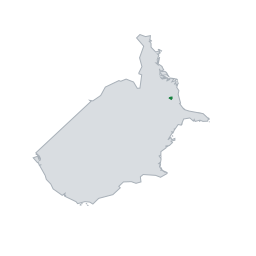 location of Lancaster, South Carolina, United States of America, rotated 300°
{"feature_id": "52423323B10055621117527", "entity_name": "Lancaster", "entity_type": "district", "adm_level": 2, "iso_a3": "USA", "parent_name": "United States of America", "parent_adm1": "South Carolina", "projection": "orthographic", "projection_center": [-80.794, 34.767], "detail": "fine", "context": "in_parent", "style": "filled", "palette": "green", "viewbox_px": 256, "rotation_deg": 300, "n_neighbors": 0, "source": "geoboundaries", "source_scale": "gbopen_adm2", "svg_char_len": 4143}
<svg xmlns="http://www.w3.org/2000/svg" viewBox="0 0 256 256"><g transform="rotate(300 128 128)"><path d="M194.6,102.9L206.7,100.7L210.3,90.4L214.9,91.6L215.9,97.5L219.2,101.2L214.8,103.2L214.7,104.4L213.7,103.1L212.9,105.6L209.5,107.6L207.7,113.9L210.0,116.2L211.4,115.8L210.9,114.7L211.4,115.2L211.7,116.4L207.7,117.7L206.8,116.4L206.5,118.3L201.8,119.1L198.4,121.8L198.7,120.4L198.3,119.6L197.6,122.9L198.6,123.4L198.4,126.2L196.2,129.9L193.5,127.8L194.9,125.5L193.2,127.2L194.1,129.6L195.2,131.0L195.5,132.6L192.6,138.5L193.4,134.8L190.8,131.5L192.3,127.8L189.9,129.0L190.9,134.4L188.5,132.8L187.7,133.0L188.4,131.3L188.3,130.8L187.6,132.2L187.6,133.3L191.3,135.2L190.5,136.2L188.8,134.4L188.2,134.1L190.3,136.3L191.2,136.7L190.7,138.1L189.6,137.1L191.4,139.0L191.0,139.3L190.1,138.3L187.8,137.9L190.7,139.8L192.4,139.6L194.4,144.5L192.7,140.8L193.3,143.2L189.9,142.9L192.4,145.2L193.6,144.5L192.1,146.7L188.9,146.1L190.9,147.2L189.2,148.4L191.3,149.1L187.6,149.8L185.8,153.4L182.4,154.5L175.8,161.1L175.0,160.4L172.4,166.4L172.2,167.9L173.2,172.4L178.0,185.9L176.3,193.1L173.7,193.5L171.2,189.6L170.8,186.5L167.2,182.8L168.5,181.1L166.7,181.2L167.6,176.5L163.6,171.7L157.1,172.6L156.1,169.7L149.9,169.2L150.7,168.2L149.6,169.1L146.7,169.4L146.8,167.3L146.2,168.8L137.7,168.5L141.2,169.8L139.8,171.7L142.4,173.8L140.9,174.7L138.1,171.9L137.7,173.8L133.5,172.6L131.4,169.8L129.9,170.9L124.0,168.3L120.1,170.5L121.1,169.9L119.3,168.9L117.9,172.1L113.9,173.6L114.9,173.1L112.5,172.4L113.2,173.7L110.2,174.6L108.6,178.1L107.4,177.3L108.4,178.4L108.1,181.8L109.0,184.1L108.1,184.6L101.6,180.8L100.8,175.6L95.3,164.4L91.9,163.1L87.8,166.2L84.1,162.6L83.2,157.7L79.0,151.0L72.9,149.2L72.3,151.2L62.7,148.2L52.4,137.8L44.6,135.6L44.7,131.9L42.7,127.5L37.3,122.2L38.2,119.9L37.3,107.3L38.0,106.3L38.4,108.1L38.7,105.6L40.9,106.5L36.8,104.7L37.8,93.6L40.9,89.1L42.6,83.0L45.5,80.0L51.4,70.1L53.0,71.3L51.4,69.8L53.4,67.3L52.7,67.0L54.8,60.8L58.5,64.0L56.0,66.5L58.6,65.1L57.1,67.6L55.7,67.6L56.4,68.1L57.8,67.5L59.4,65.1L60.4,60.6L132.5,82.6L132.8,81.0L133.9,84.0L142.5,88.1L152.1,87.9L164.5,96.4L164.9,98.4L169.4,101.9L170.6,109.8L167.0,116.2L168.5,118.4L180.9,113.3L180.4,110.3L181.4,109.8L188.1,109.4L194.6,102.9ZM203.4,120.4L205.4,119.9L198.3,122.3L204.1,119.6L203.4,120.4ZM59.4,63.2L59.1,65.1L58.9,65.3L58.8,63.7L59.4,63.2ZM109.0,183.5L108.4,180.4L108.7,178.7L108.6,180.5L109.0,183.5ZM215.3,103.4L215.4,104.3L215.0,104.1L215.3,103.4ZM131.4,170.7L131.5,171.4L130.9,170.8L131.4,170.7ZM38.8,125.9L39.6,125.9L39.6,126.0L38.8,125.9ZM38.1,125.3L37.6,125.7L37.5,125.1L38.1,125.3ZM209.6,117.7L209.1,118.3L208.9,118.2L209.6,117.7ZM109.4,177.2L108.8,178.5L110.4,176.1L109.4,177.2ZM176.6,181.5L177.5,184.2L176.4,181.2L176.6,181.5ZM41.7,129.7L41.8,130.5L41.6,129.7L41.7,129.7ZM176.7,193.4L175.9,194.3L177.2,192.5L176.7,193.4ZM194.7,146.2L194.0,147.3L194.5,144.7L194.7,146.2ZM59.5,61.6L59.3,62.1L59.2,61.7L59.5,61.6ZM113.2,174.2L111.8,174.6L113.2,174.0L113.2,174.2ZM211.5,117.7L211.6,118.4L210.9,118.3L211.5,117.7ZM41.0,131.6L41.0,132.5L40.9,131.6L41.0,131.6ZM111.4,175.0L110.8,175.3L111.3,174.8L111.4,175.0ZM195.2,133.7L194.4,135.2L195.3,133.2L195.2,133.7ZM119.6,171.0L118.7,171.4L120.1,170.7L119.6,171.0ZM172.6,167.1L172.4,168.2L172.3,167.4L172.6,167.1ZM191.6,149.3L191.3,149.5L192.1,148.6L191.6,149.3ZM159.4,172.4L158.3,172.9L157.9,172.8L159.4,172.4ZM146.3,169.2L146.1,169.4L145.5,169.3L146.3,169.2ZM169.6,186.6L169.7,187.3L169.4,186.4L169.6,186.6ZM143.5,170.5L143.2,171.2L143.3,170.0L143.5,170.5ZM174.2,195.3L173.6,195.4L174.4,195.2L174.2,195.3ZM198.3,126.7L197.9,127.4L198.4,126.4L198.3,126.7ZM193.3,147.5L193.0,147.8L192.9,147.8L193.3,147.5Z" fill="#d9dde1" stroke="#a8b0b8" stroke-width="1"/><path d="M176.4,150.5L176.3,150.4L176.2,150.2L176.0,149.8L175.9,149.7L175.6,149.6L175.4,149.6L175.2,149.6L175.0,149.2L174.9,148.9L174.8,148.7L174.7,148.6L174.6,148.4L174.6,148.5L174.7,148.8L174.7,149.1L174.7,149.4L174.7,149.5L174.7,149.9L174.7,150.1L174.6,150.3L174.6,150.6L174.7,150.8L174.7,151.0L175.2,150.9L175.2,151.0L175.3,151.1L175.5,151.1L175.9,151.1L176.0,151.0L175.9,150.8L176.4,150.5Z" fill="#22c55e" stroke="#15803d" stroke-width="1.5"/></g></svg>